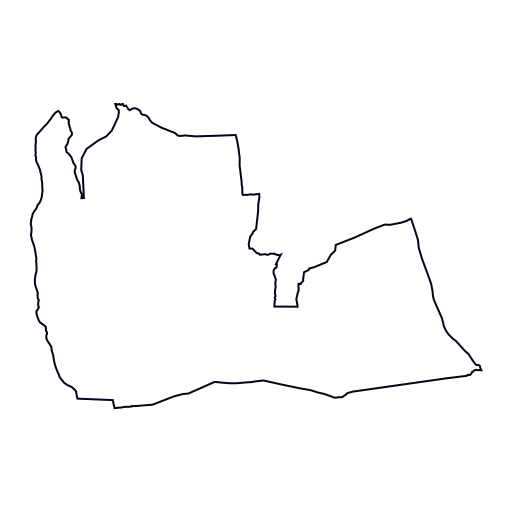 outline of Kaskazini B, Kaskazini-Unguja, United Republic of Tanzania
{"feature_id": "72390352B15073652071238", "entity_name": "Kaskazini B", "entity_type": "district", "adm_level": 2, "iso_a3": "TZA", "parent_name": "United Republic of Tanzania", "parent_adm1": "Kaskazini-Unguja", "projection": "mercator", "projection_center": [39.266, -5.966], "detail": "fine", "context": "isolated", "style": "outline", "palette": "ink", "viewbox_px": 512, "rotation_deg": 0, "n_neighbors": 0, "source": "geoboundaries", "source_scale": "gbopen_adm2", "svg_char_len": 5893}
<svg xmlns="http://www.w3.org/2000/svg" viewBox="0 0 512 512"><path d="M115.3,104.0L116.5,108.1L118.7,110.0L118.9,112.5L118.4,114.6L118.2,116.8L115.4,123.0L111.8,130.5L106.3,136.4L98.2,140.5L86.6,148.9L81.7,158.3L81.2,170.0L82.8,175.4L83.9,198.0L81.5,198.2L81.9,194.1L81.0,192.7L80.2,190.6L79.9,189.4L79.7,185.4L79.2,184.3L79.1,183.0L78.6,182.2L77.5,180.5L76.7,178.4L75.5,174.6L74.8,172.6L74.7,170.6L75.6,168.0L75.6,166.2L74.4,164.4L73.5,163.2L73.1,161.7L72.5,160.4L71.6,157.8L70.0,155.3L68.3,153.4L66.6,152.2L66.3,150.8L66.4,150.0L65.5,147.3L65.8,146.3L66.5,145.5L67.1,144.2L67.6,143.7L68.2,141.2L68.7,138.4L69.4,137.8L71.6,135.2L72.0,134.1L71.9,133.3L71.7,132.1L70.4,130.3L70.3,128.5L69.9,127.4L69.4,126.1L69.2,124.6L68.6,123.1L69.0,121.4L68.7,120.9L68.8,119.7L67.8,119.2L67.0,118.3L66.7,117.7L65.2,117.4L63.9,117.5L62.4,117.5L61.6,117.2L61.6,116.3L61.0,115.0L60.7,113.9L58.9,111.3L58.4,111.0L57.3,111.4L56.4,112.0L55.2,113.0L53.9,114.4L52.3,116.5L51.6,117.4L50.9,118.8L49.6,120.3L47.0,123.8L45.4,125.3L43.4,127.4L40.2,131.1L37.6,133.9L36.5,135.2L36.1,136.7L35.7,138.1L35.8,140.3L35.9,142.2L35.7,143.2L35.5,145.8L35.6,148.2L35.4,150.5L35.9,152.3L35.6,154.0L35.4,155.8L36.0,156.8L36.1,157.8L35.9,159.8L36.6,162.2L37.3,163.4L40.0,169.7L40.1,170.8L41.5,176.1L41.5,179.2L42.0,181.6L42.2,183.8L42.3,186.6L42.4,188.9L42.5,191.3L42.1,194.3L41.7,197.1L41.3,198.8L40.3,201.3L39.4,203.0L38.2,204.4L37.4,205.6L36.4,208.4L34.5,210.9L32.7,213.8L32.2,216.4L31.2,219.8L31.0,222.6L30.7,223.5L31.3,226.2L31.6,229.7L31.3,233.1L30.9,234.6L31.3,236.9L31.6,237.5L31.6,238.4L32.4,241.2L33.6,244.4L34.5,247.3L35.7,254.3L36.4,259.0L36.1,260.8L36.4,263.9L36.6,269.2L36.4,272.1L35.6,274.3L35.1,277.5L34.9,279.9L34.9,282.2L35.1,284.6L36.0,287.6L37.5,292.0L37.9,293.4L37.8,293.8L37.5,294.5L37.8,298.3L38.8,300.1L38.4,301.9L38.1,303.6L38.2,305.4L38.5,306.6L38.9,307.2L38.7,307.6L37.7,309.6L37.0,310.4L36.4,311.5L36.4,313.0L37.3,316.6L38.9,320.6L40.2,322.6L43.1,324.6L45.5,326.4L45.8,327.5L46.0,330.2L46.0,330.8L46.8,332.0L47.1,333.9L46.3,335.3L46.3,338.2L47.5,340.9L51.2,346.6L51.9,351.3L53.1,355.0L54.1,361.2L55.3,366.0L57.4,371.5L58.9,374.9L59.7,377.2L64.4,383.1L67.5,385.1L71.9,387.1L74.7,389.8L76.0,391.2L76.4,393.7L76.9,396.4L77.5,398.7L78.8,398.7L112.8,400.1L112.9,400.7L113.7,404.6L113.9,405.6L114.2,406.4L114.5,408.1L116.0,408.0L118.6,407.7L120.8,407.6L123.4,407.1L124.9,406.9L127.4,406.8L128.0,406.8L129.1,406.8L129.5,406.8L130.0,406.6L131.0,406.4L131.4,406.6L131.8,406.1L132.7,406.2L133.7,406.0L134.9,406.1L152.5,404.7L154.0,404.1L173.9,396.4L183.0,394.0L188.2,393.6L214.7,381.9L222.8,382.7L230.3,383.3L237.5,383.2L246.2,382.4L251.3,382.1L255.9,381.3L263.6,380.5L283.3,384.9L300.4,388.4L311.2,390.3L317.8,392.5L324.5,394.0L334.6,397.7L337.2,397.5L338.7,397.2L340.0,397.1L340.4,397.4L341.1,397.3L341.6,397.1L342.2,397.1L342.5,397.0L343.3,396.3L344.0,395.8L344.7,395.4L345.1,395.3L345.4,395.1L345.7,394.9L345.8,394.7L346.5,394.0L346.6,393.7L347.1,393.4L347.4,393.1L352.9,391.6L446.6,378.3L466.8,375.8L467.4,375.2L467.7,374.9L467.9,374.7L468.2,374.7L468.7,374.9L469.3,375.1L469.6,375.1L470.0,375.0L470.2,374.9L470.8,374.1L471.0,373.9L471.2,373.6L471.4,373.3L471.7,372.7L472.0,372.4L472.2,371.9L472.4,371.7L472.5,371.7L473.1,371.5L474.5,370.2L475.0,370.0L475.4,370.1L475.9,370.1L476.6,369.8L476.9,369.9L477.4,370.0L477.8,370.1L481.3,370.2L481.0,369.7L480.4,368.2L479.8,365.9L478.6,365.0L476.8,365.0L475.7,364.6L472.2,359.8L468.5,354.0L465.0,351.0L460.2,345.7L456.1,341.1L452.9,338.8L449.1,335.0L446.0,330.8L443.7,325.8L443.5,324.5L442.6,320.8L441.7,317.5L440.6,315.3L439.5,312.6L435.5,303.6L433.9,299.8L433.0,296.4L432.6,291.7L431.2,283.9L427.0,272.2L421.8,258.2L418.7,247.5L418.0,240.0L414.2,228.0L411.1,218.8L410.5,219.0L409.7,219.4L409.2,219.6L409.0,219.4L408.2,220.0L407.4,220.4L407.2,220.7L406.9,220.8L406.8,220.7L406.3,221.0L401.2,222.7L390.1,224.8L384.6,224.6L373.6,228.9L354.8,237.5L335.8,244.9L335.1,250.6L330.7,255.0L326.8,262.0L313.6,267.4L309.4,268.4L308.6,270.0L304.1,272.2L303.8,273.7L303.8,274.4L303.3,277.8L303.2,279.0L303.1,279.6L303.2,280.7L302.9,281.2L302.2,281.9L301.7,282.4L300.8,283.3L300.6,283.7L300.6,284.1L298.5,283.8L298.4,284.6L298.5,284.8L298.4,286.0L298.5,286.5L298.6,290.3L298.1,291.7L297.6,293.4L296.3,299.2L296.8,301.5L297.4,304.8L297.5,306.7L285.8,306.6L282.8,306.6L274.4,306.6L274.7,300.9L275.4,299.7L274.7,297.6L275.6,295.9L274.9,293.6L275.1,290.0L275.7,286.5L275.3,284.0L275.6,281.0L275.9,279.7L274.3,275.0L273.8,274.3L273.5,271.7L273.6,270.9L273.9,269.8L274.8,268.4L276.4,267.6L276.9,264.4L275.9,264.2L280.7,254.8L280.1,255.1L279.8,255.2L279.5,255.3L278.3,255.0L277.8,255.1L274.9,254.1L274.3,253.6L274.0,253.5L273.7,253.7L273.1,253.9L272.1,253.7L269.9,253.7L269.4,254.1L268.5,254.6L267.6,254.8L266.5,254.7L265.4,254.2L264.6,254.2L263.0,254.4L262.0,254.5L261.4,254.6L261.0,254.7L259.8,254.7L259.4,253.9L258.5,253.4L257.7,253.5L256.1,252.4L254.8,251.2L252.5,248.6L250.7,248.5L249.5,248.5L248.7,244.4L249.5,240.1L250.4,236.4L252.3,234.0L253.3,231.6L254.5,230.6L255.2,229.9L256.1,229.0L258.1,211.5L258.3,204.1L259.4,197.1L259.2,193.9L256.3,194.2L253.8,194.6L250.0,194.4L247.0,194.9L242.9,194.9L242.4,193.9L242.3,192.1L242.3,189.5L242.3,187.3L242.0,186.3L241.8,185.0L241.7,184.0L241.6,181.6L239.6,165.4L239.7,157.4L238.9,152.3L238.7,149.5L237.2,141.1L236.9,139.9L236.3,137.4L235.7,135.0L215.2,135.8L207.5,136.0L195.8,136.4L184.7,135.4L183.8,135.6L180.2,136.0L177.7,135.5L175.3,133.3L174.1,132.6L173.3,132.3L173.0,132.1L170.7,131.4L166.5,129.6L162.2,128.0L152.4,122.9L149.8,120.1L148.8,117.9L146.5,115.7L144.5,115.0L142.6,114.7L141.4,114.1L140.3,111.4L139.6,110.4L137.1,108.9L135.3,108.3L132.9,108.4L129.8,110.2L128.1,108.9L127.3,107.5L126.0,105.6L125.0,106.0L124.1,106.0L123.6,105.6L123.2,105.0L123.2,104.4L123.0,104.0L122.4,103.9L121.9,104.3L120.4,104.9L119.9,104.3L119.3,104.0L118.3,104.4L117.0,104.5L116.4,104.0L115.3,104.0Z" fill="none" stroke="#020617" stroke-width="2"/></svg>